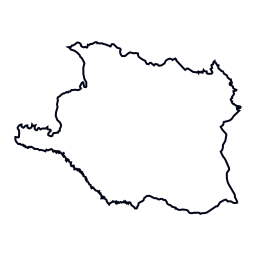 the district of Buta, Orientale, Democratic Republic of the Congo
{"feature_id": "63176286B70684258400559", "entity_name": "Buta", "entity_type": "district", "adm_level": 2, "iso_a3": "COD", "parent_name": "Democratic Republic of the Congo", "parent_adm1": "Orientale", "projection": "mercator", "projection_center": [25.009, 2.835], "detail": "fine", "context": "isolated", "style": "outline", "palette": "ink", "viewbox_px": 256, "rotation_deg": 0, "n_neighbors": 0, "source": "geoboundaries", "source_scale": "gbopen_adm2", "svg_char_len": 5719}
<svg xmlns="http://www.w3.org/2000/svg" viewBox="0 0 256 256"><path d="M105.2,199.1L106.6,200.0L106.9,201.7L109.1,204.5L109.8,203.3L111.9,202.2L112.9,201.2L113.9,201.9L116.1,201.4L116.3,202.4L115.9,203.2L116.3,203.6L117.2,203.4L117.5,202.0L117.9,201.9L119.1,202.9L120.6,202.0L121.6,202.6L122.3,202.2L123.1,202.3L124.0,201.3L124.7,202.4L125.3,202.7L125.7,201.7L126.8,203.3L127.4,202.5L127.7,202.5L128.3,203.6L129.2,202.3L130.0,202.4L130.5,202.8L131.1,204.7L133.0,206.4L134.4,207.2L134.8,208.3L136.1,208.5L136.8,208.3L137.6,206.1L138.2,205.6L138.5,203.5L139.0,202.9L141.6,201.4L142.3,201.3L143.5,200.2L144.1,198.3L145.8,196.8L147.0,196.0L149.5,195.8L154.4,198.2L156.2,198.2L158.7,199.5L161.6,198.8L162.4,199.0L163.2,199.8L165.2,200.0L165.9,200.7L166.9,202.3L166.9,203.0L167.7,204.0L168.8,204.8L169.9,204.9L171.4,205.9L171.8,206.6L175.4,207.6L175.7,207.8L175.4,208.5L175.7,208.8L177.1,208.9L178.4,209.8L180.3,209.9L182.9,209.4L183.8,209.8L185.1,209.7L187.5,210.3L189.1,212.5L190.1,213.0L191.8,213.2L194.9,212.6L195.5,212.9L197.4,212.6L199.7,213.0L200.3,213.8L202.5,213.1L204.8,213.1L207.1,212.4L216.0,206.4L217.5,206.3L220.2,202.2L224.1,200.1L226.0,199.6L227.7,201.4L230.3,201.3L231.5,201.6L233.3,202.8L235.4,203.1L237.2,202.6L236.8,200.8L235.0,197.3L234.7,194.5L228.8,184.5L227.6,181.8L226.9,178.6L226.8,173.5L227.7,171.5L229.1,169.8L229.0,168.0L225.9,160.8L224.6,158.4L223.0,156.4L220.7,151.6L222.1,150.2L222.8,148.1L223.0,144.9L225.3,140.9L226.3,135.5L226.2,134.1L222.3,129.6L220.7,126.8L223.1,125.0L223.8,122.0L228.3,120.9L230.4,120.0L231.8,118.8L233.8,115.9L239.2,110.7L238.2,110.3L237.0,109.2L236.9,107.9L239.7,108.3L240.6,107.3L240.6,106.9L239.9,106.4L236.2,105.7L234.3,104.5L233.9,103.9L233.3,104.0L232.5,103.4L232.0,102.5L232.2,101.3L231.3,101.0L230.7,99.3L231.0,98.8L232.2,98.1L232.0,96.9L234.0,94.1L233.4,91.2L234.3,91.1L234.9,90.5L235.7,90.7L236.4,90.0L235.8,89.5L234.5,89.2L233.4,88.2L232.9,87.6L233.0,86.6L232.1,85.7L230.1,85.0L229.7,84.4L229.8,83.3L231.4,83.8L232.0,82.9L231.9,82.5L231.0,82.7L230.8,82.4L231.1,80.4L230.8,79.4L230.0,79.5L227.7,77.6L227.0,75.7L226.2,74.9L224.1,73.8L222.9,71.4L221.2,70.9L220.4,69.8L218.5,68.5L218.2,66.6L218.6,65.6L218.5,65.3L217.4,65.6L215.8,62.8L214.7,62.4L214.6,61.0L214.0,61.4L213.3,62.6L213.1,64.2L211.5,65.0L211.4,65.3L212.2,68.0L210.6,69.1L212.4,72.2L212.2,73.0L211.2,73.8L207.9,73.8L206.8,73.2L206.7,71.5L204.1,71.1L203.6,70.1L202.6,72.6L201.4,71.8L201.0,72.4L198.8,71.7L198.5,73.1L197.5,71.9L196.5,72.4L193.1,71.9L187.9,68.5L186.7,68.7L185.4,69.8L184.9,69.7L176.4,60.6L176.0,59.2L175.2,58.5L172.6,60.0L171.3,59.0L169.8,58.6L167.0,59.7L165.7,60.9L164.5,63.4L161.4,65.4L159.5,65.7L158.7,65.7L157.8,64.5L155.3,64.0L154.0,65.4L151.0,62.9L150.0,62.8L148.5,64.2L146.7,63.8L145.1,60.8L142.0,59.2L138.8,56.9L138.1,55.4L138.0,53.5L135.9,53.0L133.8,53.3L129.9,52.4L128.1,53.5L124.9,56.1L122.0,56.0L120.8,54.5L120.2,52.8L120.1,51.0L120.7,49.9L120.6,49.3L119.9,48.5L117.0,47.6L114.0,44.5L112.9,44.1L111.8,44.2L110.6,46.4L109.9,46.4L108.7,45.5L107.3,45.3L106.3,44.6L103.8,44.1L102.1,43.3L100.0,43.5L98.6,43.1L97.3,43.3L96.8,42.2L95.3,42.2L92.3,43.9L90.4,44.0L89.4,44.9L87.9,44.7L87.4,47.1L86.9,47.6L85.3,46.9L83.6,47.3L82.1,46.7L80.9,45.6L81.0,44.5L80.0,43.4L79.1,42.8L77.3,42.5L73.7,45.2L71.9,45.5L71.3,46.7L68.3,47.2L70.1,48.2L70.7,49.5L74.7,50.8L77.5,52.9L79.6,55.0L80.2,56.7L81.8,58.1L83.7,61.6L84.4,63.4L83.3,67.5L83.4,73.9L84.3,78.6L86.3,82.4L86.3,86.7L85.9,87.1L84.4,87.0L83.9,85.8L83.4,82.9L82.9,82.2L81.7,83.1L79.9,86.5L80.9,88.5L79.5,89.7L77.9,90.1L74.6,89.7L73.3,90.1L71.6,90.0L70.0,91.6L69.0,91.5L68.0,92.5L66.9,91.9L64.6,93.3L63.8,93.3L62.0,94.1L59.9,96.1L57.8,97.4L57.5,98.2L57.9,100.4L57.0,104.3L57.5,106.5L57.4,107.8L56.0,112.3L55.8,116.1L57.3,120.0L59.7,122.2L61.0,124.6L61.1,125.4L60.6,127.3L59.8,128.7L59.8,130.8L58.3,131.4L58.1,132.6L53.7,133.1L52.8,133.9L52.4,135.8L50.8,136.3L48.3,135.1L48.2,134.2L48.3,133.4L50.8,130.7L50.7,130.1L50.3,129.7L47.8,129.3L47.3,128.8L47.4,127.1L45.3,128.6L42.8,128.4L40.4,129.4L39.3,128.1L38.4,128.0L36.8,130.2L36.2,130.2L35.0,129.3L34.7,128.6L34.7,126.7L35.3,125.4L33.3,126.0L32.1,124.5L31.8,126.6L31.1,127.7L29.5,128.5L27.6,127.6L27.3,125.4L25.5,125.8L23.5,127.7L22.5,127.4L21.5,126.5L21.6,124.5L21.1,124.4L19.0,125.6L17.7,127.4L17.7,128.4L18.9,130.2L19.2,132.4L18.9,137.1L18.3,137.4L15.4,137.0L15.4,139.8L16.0,141.3L17.9,143.7L18.7,144.1L20.0,143.8L21.1,144.8L23.1,144.7L23.4,145.0L23.5,146.0L24.2,146.3L24.2,145.5L25.0,145.7L26.2,147.4L26.9,147.3L27.8,147.9L28.2,147.9L28.6,146.9L29.5,146.8L30.1,147.3L31.1,146.7L33.8,148.1L34.2,148.9L37.8,149.0L39.7,150.2L40.8,149.8L44.7,150.9L45.4,151.3L46.4,149.7L47.9,150.4L51.3,149.1L52.4,149.7L53.1,151.5L53.6,151.7L54.5,150.8L55.0,150.9L56.1,152.4L56.5,151.2L56.9,151.1L57.6,152.4L57.9,152.4L58.7,151.2L59.3,151.3L59.5,151.8L59.3,152.9L60.8,152.5L61.7,153.9L62.2,153.9L63.6,153.0L63.8,153.5L62.7,154.3L62.7,155.1L63.5,156.4L64.0,155.8L64.3,155.9L66.0,158.5L67.2,159.1L66.2,159.5L65.8,160.1L66.4,161.1L66.7,160.6L68.6,160.1L69.1,161.6L70.1,162.5L71.1,162.4L70.7,164.5L71.2,165.2L71.1,165.8L72.1,166.3L73.2,165.5L73.7,165.6L74.0,166.3L73.8,167.1L74.4,168.0L74.3,169.3L75.0,169.4L76.0,168.7L77.5,170.1L77.7,169.4L78.6,170.1L78.9,169.2L79.4,169.2L80.1,170.0L80.2,170.6L79.5,171.2L79.7,171.6L81.0,172.6L81.4,171.7L82.2,172.1L82.0,173.5L82.4,174.3L83.1,174.0L83.7,175.4L83.5,176.1L86.0,177.4L85.5,179.0L85.9,179.6L86.5,179.1L86.8,179.3L86.7,181.2L87.9,181.7L89.5,184.6L90.6,185.0L91.2,187.7L91.7,188.3L92.1,188.2L92.4,187.2L92.9,187.3L95.5,190.4L97.9,191.1L98.3,192.0L99.2,191.4L99.3,192.9L99.7,193.5L100.0,193.1L100.5,193.3L101.4,196.0L102.1,196.2L101.4,198.3L103.4,198.3L103.6,198.1L103.1,197.1L103.8,196.8L104.5,197.4L105.2,199.1Z" fill="none" stroke="#020617" stroke-width="2"/></svg>